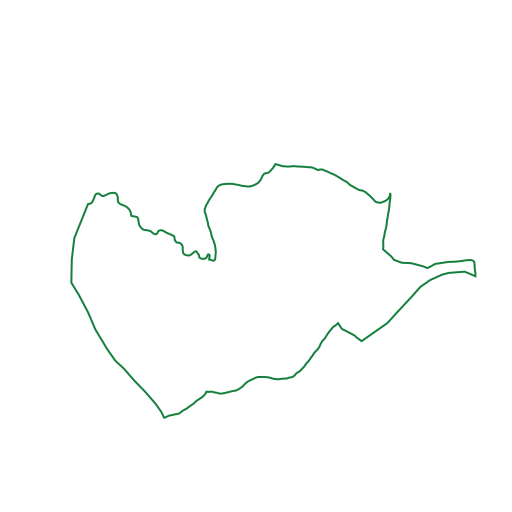 Hamelmalo, Anseba, Eritrea, rotated 325°
{"feature_id": "51966322B61568027672815", "entity_name": "Hamelmalo", "entity_type": "district", "adm_level": 2, "iso_a3": "ERI", "parent_name": "Eritrea", "parent_adm1": "Anseba", "projection": "orthographic", "projection_center": [38.457, 15.915], "detail": "fine", "context": "isolated", "style": "outline", "palette": "green", "viewbox_px": 512, "rotation_deg": 325, "n_neighbors": 0, "source": "geoboundaries", "source_scale": "gbopen_adm2", "svg_char_len": 6149}
<svg xmlns="http://www.w3.org/2000/svg" viewBox="0 0 512 512"><g transform="rotate(325 256 256)"><path d="M268.7,177.6L266.9,177.2L266.0,177.1L265.2,177.1L263.3,177.4L260.8,178.7L258.1,179.7L254.8,181.3L252.1,182.3L248.9,183.6L246.4,185.0L244.5,185.7L241.9,187.5L240.9,188.2L239.3,190.4L238.6,193.5L236.8,197.9L235.4,201.8L234.4,203.5L233.9,205.8L233.2,208.9L232.6,210.8L232.1,212.2L231.5,213.2L230.8,215.3L230.1,218.4L229.0,222.5L227.9,224.9L227.0,226.9L226.6,227.3L225.4,229.7L223.2,232.2L221.2,234.7L219.8,235.6L218.9,235.6L218.2,235.4L217.8,234.8L216.7,233.1L215.6,232.1L216.4,231.0L218.0,229.5L218.4,228.7L218.5,228.1L218.1,227.5L217.6,227.2L216.7,227.6L215.6,228.4L214.4,229.0L213.3,228.9L212.2,228.6L211.2,228.2L209.9,227.0L209.1,225.8L208.9,224.7L209.0,224.0L209.7,222.8L209.8,222.4L209.8,221.5L209.7,220.5L209.8,219.0L209.7,218.2L209.5,217.7L209.0,217.4L207.9,217.2L206.9,217.4L202.9,217.6L201.9,217.4L201.1,216.9L199.9,215.9L198.8,214.6L198.3,213.7L198.0,212.4L198.1,211.9L198.4,211.1L199.0,209.9L199.7,208.6L200.5,207.4L200.9,207.1L201.4,205.9L201.5,205.4L201.7,204.2L201.5,202.9L201.1,201.7L200.6,201.0L199.8,200.4L198.8,199.5L198.6,198.8L198.6,197.7L198.6,196.7L199.2,195.2L199.7,194.3L200.2,193.3L200.1,192.4L199.7,191.5L199.0,190.7L198.6,189.8L197.9,188.5L196.7,186.7L195.4,184.3L195.2,183.7L194.8,182.7L194.2,181.9L193.9,181.3L193.5,180.8L192.8,180.3L192.0,179.9L191.3,179.7L190.8,179.6L190.3,179.7L189.6,179.9L188.5,180.6L187.8,180.9L187.1,180.9L186.2,180.6L185.4,179.8L184.9,178.9L184.6,178.0L184.5,177.6L184.1,175.9L183.7,174.9L182.9,174.0L181.5,172.4L179.1,170.2L178.6,169.0L178.2,167.8L178.0,165.3L178.1,163.7L179.1,161.3L180.4,158.7L180.8,157.7L181.1,156.8L180.9,156.1L180.4,155.2L178.4,153.2L177.6,152.5L176.9,151.5L177.1,151.1L177.7,150.0L177.9,149.4L178.4,148.4L178.6,147.3L178.8,146.5L178.9,145.4L178.8,144.6L178.6,143.4L178.3,142.0L177.9,141.0L177.6,140.2L177.0,139.3L176.0,137.8L175.5,137.0L175.0,136.3L174.7,135.6L174.5,135.1L174.2,134.4L174.1,132.9L174.4,131.9L175.0,130.8L175.7,129.9L176.2,129.1L176.5,128.2L176.8,127.6L177.1,126.7L177.2,125.6L177.1,125.0L177.0,124.1L176.5,123.4L176.0,122.9L175.1,122.3L173.6,121.3L172.3,120.8L171.6,120.6L170.9,120.4L167.0,119.8L166.2,119.6L165.2,119.3L164.7,118.9L164.3,118.4L164.1,117.8L163.9,117.0L163.0,114.7L162.4,114.1L161.4,113.7L160.5,113.6L159.4,113.8L158.5,114.3L156.5,115.8L155.7,116.3L152.7,117.9L151.8,118.1L150.8,118.1L149.6,117.8L148.9,117.5L148.2,117.1L117.5,137.1L103.0,153.3L89.4,172.0L88.6,185.8L86.2,205.3L82.3,223.9L80.7,246.6L80.7,261.2L83.2,272.6L84.8,288.0L87.3,303.4L89.0,319.6L89.0,329.3L88.8,330.6L88.0,335.8L89.7,336.3L93.1,336.8L95.9,338.1L97.2,338.6L101.2,340.3L102.8,341.0L104.1,340.9L107.4,340.7L111.2,341.2L115.3,341.1L120.4,341.1L123.6,340.6L126.3,340.6L131.1,340.7L134.1,340.3L136.9,339.2L137.6,338.7L139.0,340.0L141.3,341.3L142.5,342.4L144.4,344.6L145.6,345.7L146.4,346.7L147.0,347.5L147.8,348.2L149.4,349.2L152.0,350.4L155.7,351.8L159.3,353.2L161.5,354.3L162.9,354.8L164.2,355.0L165.7,355.2L167.4,355.2L170.0,355.2L172.0,354.8L173.9,354.4L176.1,354.2L177.7,354.2L179.3,354.4L181.1,354.7L183.9,355.2L186.3,355.6L188.3,356.3L190.3,357.7L191.8,358.7L193.3,359.7L195.2,361.4L196.3,362.2L198.4,364.7L199.2,365.8L200.1,366.8L201.3,367.9L203.4,369.7L207.7,371.9L209.2,372.9L211.3,374.2L212.8,374.4L214.2,375.0L215.5,375.7L217.3,376.1L219.2,376.0L220.6,375.5L221.9,375.3L223.1,375.2L224.7,375.5L226.1,375.4L228.0,375.1L228.5,374.9L230.2,374.6L232.5,374.1L234.0,373.5L235.6,372.9L237.7,372.5L239.3,372.1L240.6,371.6L242.1,371.1L243.5,370.4L245.3,370.1L247.3,369.0L249.5,368.5L252.5,367.9L254.9,367.1L255.6,366.9L257.4,365.8L258.2,365.2L260.0,364.4L261.8,363.6L263.3,363.4L265.6,362.8L269.2,361.2L271.1,360.5L273.2,359.8L276.4,359.0L278.3,358.4L280.5,358.4L283.0,358.4L284.7,358.1L284.6,360.1L284.6,361.8L284.5,362.8L284.5,363.9L284.6,364.8L284.8,365.6L285.5,366.9L286.4,368.3L287.7,371.1L289.5,374.4L290.8,377.0L291.3,378.3L291.6,380.2L292.7,383.5L293.7,386.3L325.2,386.3L339.7,383.0L359.1,378.9L372.7,375.6L384.8,375.6L397.7,378.0L404.2,380.4L417.9,388.5L421.3,393.8L424.1,398.4L424.7,397.5L425.9,395.9L427.0,393.5L428.2,391.4L430.0,388.6L431.0,386.8L431.1,386.4L431.3,385.6L431.3,384.8L430.9,384.1L430.5,383.6L430.1,383.1L429.8,382.7L429.3,382.3L428.4,381.6L427.5,381.2L425.6,380.0L424.2,379.3L421.5,378.0L418.9,376.6L415.9,374.9L412.6,372.8L410.7,371.5L408.0,370.1L405.2,368.7L402.2,367.3L400.9,366.6L399.4,365.8L398.2,365.3L397.2,365.1L394.1,364.9L391.9,364.6L389.4,364.1L386.9,360.2L379.0,350.9L371.5,345.1L366.9,338.4L366.5,333.7L363.9,323.3L365.1,322.1L366.3,320.5L368.2,317.5L369.5,315.8L371.6,314.0L373.1,312.7L373.7,312.0L375.1,310.5L376.7,309.2L378.6,307.6L380.7,305.6L382.1,303.9L383.4,302.4L385.2,300.7L387.3,298.4L389.0,296.7L390.8,295.0L392.8,292.9L394.5,290.9L396.5,288.5L399.3,285.5L401.0,283.4L402.1,281.3L400.5,283.2L399.2,284.0L398.0,284.5L396.6,284.9L395.8,285.1L395.0,285.1L393.8,285.1L390.9,284.5L389.3,284.1L387.8,283.4L386.9,282.3L386.0,281.5L385.4,280.8L384.9,279.3L384.7,278.3L384.7,277.2L384.4,275.6L384.1,273.9L383.5,270.8L382.8,268.5L382.4,266.6L381.7,265.2L380.9,263.9L380.2,262.8L379.7,262.5L379.1,262.0L378.0,260.6L376.4,257.3L375.5,255.4L374.6,253.5L373.9,252.1L373.4,250.2L373.3,249.4L372.9,247.7L371.3,244.5L370.5,242.7L368.0,236.8L366.7,234.1L365.7,232.7L363.9,229.6L362.4,227.0L361.1,225.1L360.3,223.7L359.6,223.0L358.9,222.4L358.3,222.0L357.6,221.6L356.8,221.6L355.9,220.9L355.5,220.3L355.0,219.1L353.6,217.0L353.2,216.3L352.4,215.4L351.4,214.4L350.1,213.6L348.1,211.8L345.8,209.9L342.5,207.4L340.9,206.1L338.3,203.9L336.3,202.8L333.4,201.1L330.8,198.9L329.3,197.7L328.4,196.6L327.2,195.0L326.2,193.7L325.1,192.4L324.4,191.8L323.9,192.1L323.5,192.5L322.7,192.8L321.7,193.1L319.6,193.8L317.7,194.3L315.1,194.8L314.1,194.8L313.2,194.7L312.7,194.6L312.0,194.1L311.4,193.7L310.7,193.5L309.9,193.4L309.2,193.5L307.8,193.9L303.9,196.1L301.7,196.9L299.9,197.3L298.6,197.3L297.6,197.2L295.6,196.9L293.9,196.6L292.5,196.1L290.8,195.6L289.6,194.6L288.5,193.8L286.3,191.9L284.4,190.1L282.5,187.8L280.3,185.7L277.9,183.2L276.4,182.2L273.9,180.4L270.9,178.7L268.7,177.6Z" fill="none" stroke="#15803d" stroke-width="2"/></g></svg>